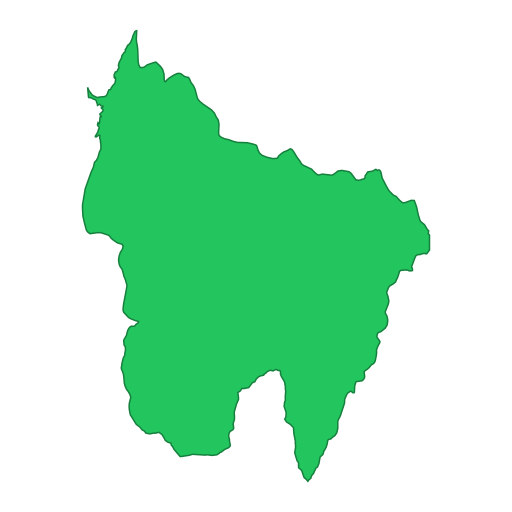 outline of Encino, Santander, Colombia
{"feature_id": "7082276B76520199809623", "entity_name": "Encino", "entity_type": "district", "adm_level": 2, "iso_a3": "COL", "parent_name": "Colombia", "parent_adm1": "Santander", "projection": "equal_earth", "projection_center": [-73.108, 6.085], "detail": "fine", "context": "isolated", "style": "filled", "palette": "green", "viewbox_px": 512, "rotation_deg": 0, "n_neighbors": 0, "source": "geoboundaries", "source_scale": "gbopen_adm2", "svg_char_len": 6000}
<svg xmlns="http://www.w3.org/2000/svg" viewBox="0 0 512 512"><path d="M280.4,373.7L281.2,376.1L284.4,381.6L284.9,383.5L285.0,385.2L285.4,385.8L285.3,388.2L285.7,391.4L285.3,396.1L285.3,400.6L284.6,402.0L284.1,406.4L286.1,412.2L286.0,415.5L285.9,416.8L284.7,419.2L286.5,421.9L290.2,424.3L293.0,427.1L293.5,427.8L293.9,433.8L295.5,442.0L295.2,442.8L295.6,445.6L295.5,447.8L294.8,452.1L294.9,453.5L296.8,459.8L297.2,461.0L298.0,461.9L298.5,463.0L298.6,467.7L301.6,470.4L304.1,477.6L305.9,479.0L307.9,481.3L308.7,480.0L310.8,478.3L311.4,476.2L312.0,475.2L313.6,473.3L315.9,468.1L317.4,467.1L317.9,466.0L318.9,463.6L320.1,457.0L322.9,454.5L324.1,450.4L324.5,450.3L326.2,447.1L327.3,443.5L327.6,441.0L328.1,439.9L329.0,439.3L330.7,439.0L333.1,436.8L334.4,436.0L335.4,434.9L336.8,432.7L337.8,428.2L337.8,421.4L338.3,419.6L339.4,417.8L340.5,415.4L344.5,403.2L344.7,399.2L346.8,394.4L347.6,393.2L350.5,391.2L351.2,391.4L353.0,392.8L354.0,392.8L354.4,392.1L354.7,386.0L355.7,382.5L356.3,381.6L362.0,380.8L363.3,379.7L364.3,378.3L364.7,376.5L364.1,372.0L364.8,370.9L367.6,369.0L369.1,367.6L371.2,365.0L373.6,363.5L374.7,362.1L375.3,360.5L376.3,355.5L376.6,352.8L376.5,349.8L378.1,345.6L379.6,343.1L379.9,341.8L379.8,341.2L377.2,337.5L376.8,336.4L377.5,333.7L378.2,332.6L380.8,331.7L385.3,328.1L387.1,325.0L387.7,321.4L387.6,318.9L386.9,316.0L385.3,313.1L385.4,311.3L388.1,304.6L388.7,302.4L388.8,300.8L388.0,296.5L386.8,293.3L386.7,292.3L388.3,288.0L389.5,286.1L393.4,283.8L395.7,281.8L396.1,280.4L397.5,277.7L398.4,275.2L399.6,271.2L401.1,270.3L405.9,270.0L408.0,270.2L408.8,270.7L409.8,270.9L411.5,270.8L412.5,270.5L412.4,268.5L411.7,267.2L411.7,266.4L415.3,256.8L416.0,255.7L417.6,254.7L419.9,254.6L422.7,253.6L424.9,253.4L425.5,253.8L426.7,253.8L429.5,250.1L429.5,235.4L429.3,234.7L428.7,234.3L428.3,233.6L428.7,230.8L427.5,229.7L424.5,224.7L420.6,221.5L419.7,219.5L418.3,214.9L416.6,207.0L414.3,200.5L411.4,200.3L405.7,202.4L403.4,202.9L402.1,202.4L399.7,200.4L396.1,196.4L393.3,195.1L389.0,190.7L386.7,186.8L382.2,178.1L380.9,172.1L380.0,170.5L379.0,169.9L377.3,170.4L376.3,169.5L375.6,169.4L372.7,171.1L367.8,171.9L365.1,175.9L365.1,177.5L364.0,178.9L362.1,179.2L360.9,179.9L358.5,180.3L355.9,179.8L351.2,173.4L349.1,171.7L341.9,170.4L338.0,171.0L334.7,173.6L332.1,175.2L322.3,174.1L319.3,174.9L318.0,175.0L316.1,173.7L312.9,170.7L311.7,169.2L303.5,165.4L301.6,164.0L300.0,161.2L296.7,156.8L294.1,152.3L292.0,149.5L290.3,148.8L287.0,150.7L283.9,151.9L281.6,153.4L278.6,156.0L277.3,158.3L272.7,158.6L266.8,157.2L262.0,155.3L259.4,152.9L257.9,149.7L256.7,145.8L256.1,145.1L253.5,144.2L247.3,142.7L237.4,142.4L233.3,141.4L228.8,139.7L224.4,138.7L221.1,137.2L219.0,135.4L218.6,132.8L219.0,124.2L218.3,120.1L216.4,117.3L214.4,113.1L211.4,109.8L203.0,104.1L200.1,101.7L198.1,99.5L197.2,97.4L195.1,89.4L193.5,85.8L190.8,82.2L189.8,79.5L188.5,77.4L186.0,77.0L184.3,76.3L181.0,73.8L179.1,73.3L177.0,73.6L173.8,75.1L169.5,77.8L167.1,79.8L165.5,81.7L164.7,81.5L164.2,79.5L164.0,74.1L162.6,69.4L160.4,66.3L155.9,62.1L154.3,62.4L147.3,64.8L144.3,67.1L142.0,67.6L140.3,67.5L138.9,65.3L138.2,62.2L137.7,49.1L137.1,44.6L136.6,42.4L136.3,39.3L136.7,30.7L135.4,31.1L134.8,31.8L133.0,35.7L132.2,38.6L130.8,41.9L129.7,43.7L127.7,45.3L126.1,48.5L125.2,49.7L125.4,50.9L125.1,51.8L124.0,52.6L121.8,55.9L121.6,57.7L119.1,62.5L118.4,65.4L119.0,67.7L118.4,68.9L117.9,69.2L117.3,71.0L116.5,71.8L115.4,71.9L114.1,74.8L114.2,77.6L114.5,77.9L114.9,77.1L115.4,77.9L115.6,79.6L115.1,82.7L114.3,84.0L112.3,86.1L111.6,87.5L111.1,87.9L110.8,89.4L108.8,89.9L107.2,94.1L106.1,95.9L104.3,96.6L99.1,97.1L97.9,97.5L96.1,97.1L92.3,95.1L89.0,90.7L87.6,87.4L88.5,97.2L89.0,97.7L90.5,97.6L93.9,99.3L95.3,99.7L96.1,100.5L97.3,104.0L97.5,105.4L99.4,104.3L99.8,104.3L101.0,105.8L102.9,106.1L103.1,106.6L102.7,107.2L101.3,107.9L101.6,108.4L102.8,109.3L103.1,110.0L103.0,110.9L101.5,112.6L100.0,113.8L99.9,114.7L101.3,116.2L101.3,116.9L100.1,117.0L99.4,123.4L99.1,123.8L98.0,122.7L97.5,124.7L97.7,125.6L98.9,126.7L99.2,127.8L98.1,130.7L97.8,132.1L95.4,136.1L95.3,136.7L96.0,137.0L98.6,135.4L99.4,135.2L99.9,135.4L99.7,138.0L99.9,139.0L100.4,139.7L100.4,141.4L100.9,144.7L100.9,149.0L99.4,152.1L97.8,157.8L96.4,160.3L94.5,162.4L93.4,167.1L91.0,172.5L85.2,188.9L82.5,205.0L82.5,208.1L82.9,216.0L84.3,222.3L86.4,230.2L88.0,232.3L90.0,233.7L96.9,232.7L100.9,232.7L108.2,235.1L109.6,236.1L111.0,238.1L113.2,240.0L117.5,242.9L122.3,244.4L123.0,245.9L122.8,248.0L121.9,250.1L120.5,252.1L119.3,255.4L118.7,258.4L118.6,260.9L119.2,264.3L120.2,266.7L122.2,269.5L124.1,276.7L125.4,279.8L126.9,285.0L126.9,286.5L123.6,304.0L123.1,308.3L123.1,310.4L123.7,312.3L128.1,317.0L129.8,318.3L135.0,320.5L138.5,321.5L138.5,322.1L137.9,323.1L136.1,324.2L134.8,326.0L133.7,326.3L131.4,326.2L130.3,326.7L129.1,328.0L128.1,329.6L127.3,331.8L126.5,335.3L124.2,339.2L123.7,340.5L124.0,344.5L124.4,345.6L125.3,346.7L125.5,350.1L124.8,353.6L124.8,355.2L123.3,357.9L122.0,363.1L121.7,365.9L121.3,367.2L121.4,368.9L122.8,372.2L123.4,374.2L123.8,376.9L124.3,383.1L125.1,386.1L126.7,389.7L127.6,390.6L129.7,394.0L130.8,397.2L129.3,403.4L129.1,406.5L129.3,409.5L130.3,414.7L136.3,424.4L139.9,427.1L142.1,429.9L144.5,431.1L145.8,433.1L149.9,433.9L153.8,433.1L155.9,433.1L158.8,432.3L161.9,434.4L164.4,438.5L165.1,440.2L168.0,442.3L170.9,443.1L171.3,445.2L172.5,446.4L174.0,449.3L179.9,456.3L180.6,456.6L189.1,455.3L192.5,454.3L205.2,455.1L206.8,454.8L212.4,455.4L216.9,454.8L219.4,453.2L219.9,452.5L221.4,452.0L224.9,449.3L228.6,447.7L230.1,446.2L230.3,445.0L229.6,441.8L229.4,439.2L228.7,436.3L228.8,434.9L229.1,433.0L230.2,431.4L233.0,429.6L233.7,428.2L233.2,424.2L233.3,423.0L234.4,419.8L234.5,416.7L234.2,412.3L236.5,404.0L238.5,399.5L238.5,397.5L237.8,392.5L240.1,391.1L242.1,388.3L243.7,388.6L248.7,387.6L252.3,382.8L254.8,381.8L256.3,379.0L258.6,376.8L260.5,375.9L263.7,375.2L264.3,373.9L265.4,373.5L267.1,371.8L269.0,370.7L270.6,370.3L273.1,370.9L275.6,369.6L276.5,369.5L277.7,370.4L279.9,370.5L280.6,372.5L280.4,373.7Z" fill="#22c55e" stroke="#15803d" stroke-width="1.5"/></svg>